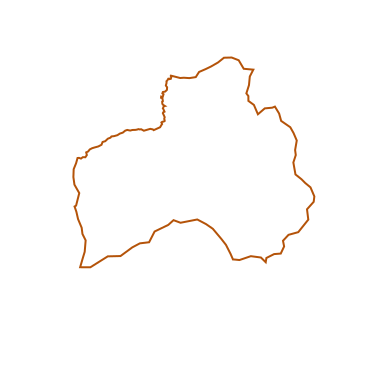 the district of Salamiou, Paphos, Cyprus, rotated 313°
{"feature_id": "46923920B63120979546184", "entity_name": "Salamiou", "entity_type": "district", "adm_level": 2, "iso_a3": "CYP", "parent_name": "Cyprus", "parent_adm1": "Paphos", "projection": "albers", "projection_center": [32.682, 34.831], "detail": "fine", "context": "isolated", "style": "outline", "palette": "amber", "viewbox_px": 384, "rotation_deg": 313, "n_neighbors": 0, "source": "geoboundaries", "source_scale": "gbopen_adm2", "svg_char_len": 2100}
<svg xmlns="http://www.w3.org/2000/svg" viewBox="0 0 384 384"><g transform="rotate(313 192 192)"><path d="M138.8,85.1L134.0,87.6L128.0,89.9L122.0,95.1L117.2,101.0L114.3,110.3L103.0,116.5L101.3,116.0L98.7,120.9L94.5,127.1L90.6,135.7L86.6,140.5L84.1,147.2L75.1,154.3L68.4,157.6L60.7,161.5L67.6,169.0L87.5,174.3L96.4,183.4L110.8,186.1L118.9,188.9L126.0,194.9L137.6,191.6L151.8,197.1L158.8,197.7L161.7,204.6L175.5,214.6L178.1,224.2L179.3,232.3L177.7,245.4L176.5,252.9L173.0,262.5L170.6,268.0L171.5,269.0L174.6,273.1L185.2,278.8L191.1,287.1L190.9,293.8L194.5,291.4L202.6,294.4L207.5,298.9L215.0,296.5L218.4,291.8L226.5,291.8L235.1,297.1L251.1,295.9L257.8,287.9L267.8,287.7L272.2,284.5L276.2,275.5L275.8,268.6L276.0,263.3L275.4,255.7L282.7,246.0L289.8,242.7L293.0,238.8L301.1,233.5L304.4,226.0L306.4,219.7L304.8,208.7L308.8,202.2L311.0,194.4L308.4,193.2L302.8,188.2L293.8,187.2L297.9,177.9L297.1,171.1L300.6,167.8L301.2,164.5L309.0,160.8L315.9,155.5L323.3,153.4L317.4,145.8L320.2,136.3L317.4,129.3L312.0,123.8L304.5,122.7L296.7,120.3L291.3,118.2L284.6,115.3L278.6,116.4L273.5,112.4L270.0,108.1L267.3,105.6L264.3,100.1L262.7,97.2L262.4,97.3L261.9,98.5L260.3,99.3L259.3,98.6L259.5,98.2L258.7,97.4L256.6,97.9L255.6,97.8L254.4,99.0L252.0,100.3L251.6,102.4L249.6,104.0L247.2,103.9L245.2,102.5L243.9,103.1L244.1,104.5L241.4,105.8L240.8,104.4L239.8,105.1L240.4,106.4L238.6,108.7L237.7,108.6L236.4,110.0L236.0,110.9L236.2,112.5L236.4,113.5L235.8,113.1L235.1,113.0L233.3,113.7L233.3,114.0L232.0,117.1L230.7,116.6L229.8,116.9L228.1,121.0L227.0,121.5L226.4,122.0L225.8,123.1L225.2,123.6L224.1,123.2L223.1,122.4L222.0,122.2L221.3,123.8L220.3,123.9L217.6,124.5L211.1,121.8L211.1,120.7L209.7,118.4L204.0,115.0L203.2,112.0L202.1,111.1L201.4,109.9L200.4,109.4L199.0,108.4L196.7,106.1L194.8,104.9L193.2,102.3L191.3,101.3L188.2,100.9L185.5,99.4L182.7,98.7L179.7,96.9L177.7,95.2L176.1,95.3L173.6,94.1L170.0,93.9L167.6,92.5L164.8,93.6L161.4,92.4L158.0,90.3L155.9,89.1L153.4,88.2L150.8,88.4L148.8,87.6L147.3,89.9L144.7,90.3L143.0,88.4L140.7,88.0L139.9,86.1L138.8,85.1Z" fill="none" stroke="#b45309" stroke-width="2"/></g></svg>